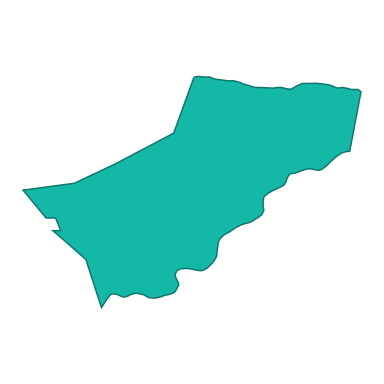 Dirceu Arcoverde, Piauí, Brazil
{"feature_id": "56859067B92104285124562", "entity_name": "Dirceu Arcoverde", "entity_type": "district", "adm_level": 2, "iso_a3": "BRA", "parent_name": "Brazil", "parent_adm1": "Piauí", "projection": "mercator", "projection_center": [-42.417, -9.344], "detail": "fine", "context": "isolated", "style": "filled", "palette": "teal", "viewbox_px": 384, "rotation_deg": 0, "n_neighbors": 0, "source": "geoboundaries", "source_scale": "gbopen_adm2", "svg_char_len": 1697}
<svg xmlns="http://www.w3.org/2000/svg" viewBox="0 0 384 384"><path d="M280.5,87.4L277.1,87.5L273.3,88.1L271.0,88.0L268.8,87.9L266.7,87.8L263.7,87.7L261.1,87.5L255.7,87.5L253.5,87.0L243.1,83.9L239.9,82.4L233.7,80.8L231.0,80.8L228.9,80.9L225.6,80.5L219.2,79.6L215.3,79.2L212.3,78.1L209.7,77.0L207.1,77.1L204.2,77.0L198.9,76.4L195.8,76.8L193.9,77.4L189.3,90.2L173.7,133.1L114.5,164.3L74.3,183.3L23.0,190.1L43.9,215.4L46.0,218.0L55.6,218.0L60.7,230.5L52.9,230.7L63.5,239.8L69.5,245.1L85.9,259.5L97.9,296.6L101.5,307.6L106.6,299.6L108.7,296.9L110.6,294.6L112.6,293.9L116.2,294.1L123.2,297.1L127.3,296.4L129.8,295.0L133.4,293.6L137.2,293.3L143.9,294.8L148.2,297.4L151.3,297.9L155.0,298.1L157.8,297.5L159.8,297.2L164.8,295.3L169.3,294.4L174.1,292.6L175.7,290.8L177.1,287.9L178.7,285.2L178.3,282.6L176.1,278.3L175.3,275.8L175.4,273.7L177.1,270.4L180.9,268.8L184.8,268.5L188.7,268.6L200.5,270.8L203.4,270.2L206.3,268.6L208.6,266.8L212.1,263.3L213.6,261.5L215.9,257.8L216.7,255.8L218.0,243.5L219.2,240.1L220.3,238.5L223.2,235.5L226.3,233.4L228.5,232.5L236.2,227.4L242.2,224.4L249.9,222.4L258.3,217.4L262.0,214.4L263.9,210.0L263.2,206.6L263.1,201.2L263.7,197.6L264.9,195.8L268.3,193.2L272.2,190.9L281.7,186.4L284.2,184.8L285.6,182.6L287.8,176.6L290.3,173.7L292.7,173.4L295.7,173.0L302.0,170.5L307.4,168.9L310.1,168.8L312.1,169.2L318.6,170.3L322.1,169.2L326.7,165.6L328.6,163.7L334.8,157.8L338.4,155.1L341.8,153.0L344.4,152.1L346.9,151.5L349.7,151.4L361.0,91.8L357.9,89.5L351.2,89.5L347.5,88.4L342.1,87.4L339.4,88.0L336.2,87.8L331.1,85.4L325.7,84.3L323.0,84.0L316.2,83.3L302.2,83.5L296.4,86.1L293.7,87.7L291.2,89.2L286.8,88.9L284.1,88.1L280.5,87.4Z" fill="#14b8a6" stroke="#0f766e" stroke-width="1.5"/></svg>